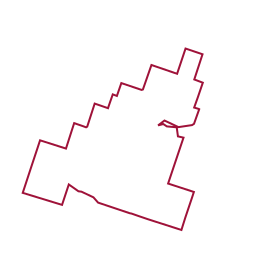 Pulaski, Arkansas, United States of America (orthographic projection), rotated 107°
{"feature_id": "52423323B71527325360101", "entity_name": "Pulaski", "entity_type": "district", "adm_level": 2, "iso_a3": "USA", "parent_name": "United States of America", "parent_adm1": "Arkansas", "projection": "orthographic", "projection_center": [-92.355, 34.752], "detail": "fine", "context": "isolated", "style": "outline", "palette": "rose", "viewbox_px": 256, "rotation_deg": 107, "n_neighbors": 0, "source": "geoboundaries", "source_scale": "gbopen_adm2", "svg_char_len": 829}
<svg xmlns="http://www.w3.org/2000/svg" viewBox="0 0 256 256"><g transform="rotate(107 128 128)"><path d="M89.2,65.4L89.1,65.8L89.1,70.7L78.4,70.2L62.8,69.7L62.2,78.8L35.7,78.3L35.2,96.2L39.2,96.3L61.8,96.9L60.9,124.0L86.8,125.0L87.6,126.1L87.0,147.5L100.6,148.0L100.3,152.4L113.4,152.9L114.9,152.9L114.6,160.9L114.4,167.0L138.6,167.4L139.6,168.3L139.4,171.7L139.1,180.9L144.4,181.0L165.8,181.3L165.5,208.5L175.1,208.7L191.7,209.1L220.8,209.7L220.8,168.6L199.3,168.1L203.0,156.9L202.5,153.9L204.4,140.8L208.1,134.8L208.6,116.0L209.0,101.4L208.8,99.7L209.1,92.3L209.4,82.6L209.5,76.2L209.9,47.1L197.0,47.0L175.0,46.4L169.9,46.3L169.4,73.4L161.2,73.2L121.0,72.1L121.4,77.8L113.1,81.6L115.1,91.3L113.9,95.4L116.7,100.0L110.2,95.3L112.4,80.0L106.5,67.6L104.7,66.1L89.2,65.4Z" fill="none" stroke="#9f1239" stroke-width="2"/></g></svg>